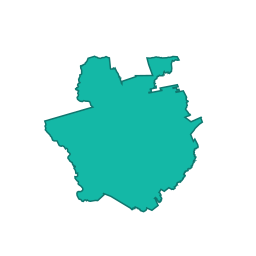 outline of Cadereyta Jiménez, Nuevo León, Mexico, rotated 121°
{"feature_id": "50627088B63245516345576", "entity_name": "Cadereyta Jiménez", "entity_type": "district", "adm_level": 2, "iso_a3": "MEX", "parent_name": "Mexico", "parent_adm1": "Nuevo León", "projection": "natural_earth1", "projection_center": [-99.908, 25.517], "detail": "fine", "context": "isolated", "style": "filled", "palette": "teal", "viewbox_px": 256, "rotation_deg": 121, "n_neighbors": 0, "source": "geoboundaries", "source_scale": "gbopen_adm2", "svg_char_len": 5776}
<svg xmlns="http://www.w3.org/2000/svg" viewBox="0 0 256 256"><g transform="rotate(121 128 128)"><path d="M179.7,164.8L180.0,164.3L180.6,164.0L183.4,164.5L184.2,164.3L185.0,163.7L185.3,162.5L186.3,160.9L186.2,160.5L186.5,158.9L186.3,158.1L186.8,157.5L187.3,157.3L188.7,154.9L188.8,154.5L188.1,154.9L188.3,153.9L188.1,153.4L188.5,153.2L188.8,153.5L190.1,153.7L190.5,153.4L190.7,152.5L191.3,151.5L192.3,150.4L193.5,149.6L193.7,149.2L192.7,148.0L193.4,147.8L193.6,147.3L195.1,146.5L196.3,146.9L197.0,148.4L198.4,147.4L199.5,144.4L199.5,143.0L200.1,142.5L201.3,142.1L201.8,141.6L202.1,138.3L202.8,136.1L203.2,135.6L204.2,134.9L205.4,135.0L206.8,135.7L208.1,137.9L209.2,138.4L210.6,138.0L212.1,136.8L214.1,133.6L214.1,132.9L213.6,131.6L214.4,129.6L213.9,128.4L212.5,128.3L211.8,127.8L211.5,127.2L211.8,126.2L210.7,125.8L210.8,124.4L210.3,122.7L206.9,118.7L205.8,116.6L197.3,114.1L196.8,115.8L195.4,107.5L195.4,84.7L195.9,82.7L195.5,82.5L195.5,82.1L195.0,81.9L194.6,82.1L194.7,82.6L194.3,82.5L193.6,81.8L193.4,81.3L193.5,80.8L192.8,80.9L192.3,81.3L191.8,80.8L192.1,79.9L191.7,79.1L191.8,78.7L191.6,78.5L191.9,78.0L191.7,77.9L191.8,77.2L191.6,76.7L191.8,76.1L191.6,75.6L192.2,75.2L192.4,74.7L192.0,73.9L192.1,73.2L191.6,71.4L190.9,71.2L190.1,70.6L189.1,70.2L188.4,70.4L187.4,70.2L186.9,70.6L186.2,65.1L178.9,62.3L174.4,68.6L174.5,68.9L173.5,68.7L173.7,67.3L173.9,66.7L174.5,66.4L174.8,65.1L175.5,64.3L175.7,63.6L175.4,63.3L175.5,63.1L174.8,63.1L174.9,62.4L173.7,62.1L173.3,62.4L172.6,62.3L172.6,62.9L171.4,62.7L170.9,62.9L170.9,63.3L171.1,63.3L170.7,63.4L169.3,65.8L168.5,65.2L167.3,67.2L167.3,68.2L163.6,68.1L163.6,64.3L158.1,62.2L158.1,58.9L157.5,58.6L157.5,58.2L157.1,57.6L157.1,57.3L155.6,57.0L155.0,57.5L155.0,57.2L154.7,57.5L154.3,57.5L154.2,57.3L153.3,57.3L152.6,56.9L152.4,57.1L151.4,57.2L151.1,57.2L151.1,56.9L150.8,57.3L150.6,57.2L150.3,57.4L149.5,57.3L149.4,57.5L148.5,56.9L148.4,56.5L148.1,56.5L147.6,55.8L147.0,55.7L147.1,55.2L146.5,55.3L146.3,55.6L145.9,55.0L145.3,54.8L143.8,54.7L143.0,54.5L142.9,55.0L142.4,55.0L141.2,54.8L140.8,54.4L139.5,54.4L139.2,54.6L139.5,55.2L139.2,56.1L138.8,55.9L138.2,56.5L137.7,56.3L136.9,56.7L136.3,56.2L135.6,56.6L135.4,56.5L135.4,56.0L134.5,55.7L134.3,55.2L133.7,54.7L133.3,54.7L133.0,55.2L132.4,55.5L131.7,54.9L131.4,54.9L131.4,54.3L131.1,53.9L130.7,54.0L129.7,53.3L128.6,53.1L128.1,53.4L128.0,54.1L126.8,53.5L126.0,53.9L125.5,53.8L124.9,54.2L123.6,53.7L123.3,53.8L123.0,54.5L122.1,54.0L122.4,54.5L122.0,54.9L121.0,54.5L118.1,54.8L118.3,55.2L118.2,56.1L117.8,56.0L117.6,56.5L117.7,57.0L117.5,56.7L117.2,56.9L116.7,56.7L116.5,57.0L116.7,57.9L116.2,58.4L115.6,58.3L114.9,58.5L114.7,58.7L115.0,58.9L114.5,59.5L113.2,59.6L112.9,59.4L112.2,60.0L112.0,59.7L111.5,59.9L110.9,59.7L110.2,59.0L110.3,58.9L109.0,58.4L108.7,58.0L108.4,58.1L108.2,58.5L107.8,58.4L106.4,59.7L103.1,65.0L105.7,65.1L101.2,71.1L96.1,70.3L93.9,70.3L88.0,68.8L84.7,67.3L81.7,71.0L81.3,70.7L81.2,70.9L90.2,77.2L89.5,84.7L87.6,83.4L85.9,81.9L84.7,81.3L84.3,82.1L84.6,83.6L83.9,84.1L82.3,88.3L81.5,88.6L80.2,88.4L79.0,89.0L78.2,88.8L76.1,91.0L75.6,90.9L74.9,90.3L74.2,90.2L74.0,90.7L74.2,91.8L73.9,92.5L73.0,93.3L71.9,93.4L71.8,93.9L71.3,93.9L67.7,99.7L72.6,105.1L72.1,105.6L69.8,103.0L68.6,104.3L70.0,105.8L68.6,107.4L70.7,109.7L70.3,110.1L66.8,106.3L65.5,108.0L77.2,121.0L78.7,119.5L78.0,118.7L78.4,118.3L87.1,128.0L86.7,128.4L84.9,126.4L83.6,128.1L83.3,127.8L83.0,128.0L83.5,128.7L83.1,128.9L80.9,126.5L80.3,126.6L80.4,126.0L79.1,124.5L77.7,125.5L78.6,126.4L77.3,127.7L75.8,127.6L76.0,128.9L75.4,128.9L75.2,129.1L74.7,129.0L74.6,129.3L74.0,129.5L73.4,130.2L73.5,129.8L72.1,129.5L70.9,128.8L68.6,129.4L68.0,128.4L66.7,128.3L66.6,127.3L65.2,125.0L64.5,125.4L63.9,124.5L62.2,126.0L61.0,126.0L61.5,125.2L61.3,123.9L60.4,123.6L59.5,122.3L60.4,121.8L59.5,121.1L59.7,120.5L58.2,120.2L57.8,120.5L57.2,119.9L54.3,121.2L50.6,124.0L47.3,124.7L47.2,123.1L46.1,122.9L44.9,122.2L44.7,121.2L44.2,120.1L43.4,119.3L41.6,122.5L43.6,126.4L44.8,127.3L46.1,128.8L46.6,129.9L47.8,130.9L50.2,134.5L50.5,135.0L50.5,135.7L51.2,136.5L51.5,138.1L52.1,138.7L52.4,140.1L53.2,141.2L54.2,141.9L55.2,143.4L56.7,144.9L58.2,147.8L62.9,143.0L70.3,133.9L79.3,148.5L79.9,147.7L82.1,149.5L82.7,150.0L91.2,157.2L93.3,156.0L93.0,156.7L92.5,156.9L92.1,157.7L91.8,157.8L91.4,158.3L90.6,159.5L90.3,159.5L89.7,159.9L89.5,160.4L89.1,160.2L89.2,161.0L88.7,161.4L88.8,161.9L88.3,161.8L88.2,162.6L86.6,164.4L85.5,166.8L83.3,170.0L84.3,170.2L84.1,171.4L84.3,171.5L85.1,171.3L86.4,173.2L86.3,173.5L77.5,180.1L77.9,181.4L78.1,183.6L79.8,184.6L81.0,186.4L82.4,187.3L83.0,188.6L83.4,189.8L83.3,191.2L83.8,192.4L83.7,193.5L88.8,198.1L91.5,197.6L93.1,197.8L93.6,197.7L94.1,198.1L95.3,197.8L96.5,198.7L97.7,199.1L97.6,199.4L97.9,199.6L98.4,199.6L99.1,200.6L99.5,200.4L99.4,199.9L100.3,199.8L100.9,199.4L102.3,197.5L105.5,195.6L106.1,195.6L107.0,196.5L107.4,196.6L108.4,195.7L110.0,195.6L111.0,195.2L111.5,195.5L113.1,194.3L113.9,192.5L114.6,192.8L115.1,193.4L116.5,193.5L117.2,193.3L117.8,191.9L118.3,191.8L119.3,192.2L119.8,192.7L120.4,192.5L121.0,193.0L121.5,193.1L121.9,192.4L121.8,191.5L121.4,190.5L121.7,189.4L122.2,189.6L123.3,189.0L124.0,189.0L124.4,188.7L124.7,187.8L125.4,187.4L126.4,187.1L127.9,187.4L129.2,186.2L129.4,185.6L129.7,183.6L129.6,182.4L129.2,181.9L129.2,181.5L128.8,180.7L127.3,180.0L126.8,178.1L125.6,175.9L125.3,174.7L125.5,173.8L127.6,171.6L128.2,168.9L164.9,202.9L166.9,200.5L167.8,200.0L169.1,200.1L170.5,198.3L171.6,198.2L171.9,198.0L171.8,197.9L172.3,197.4L172.5,196.6L173.0,195.7L174.2,191.1L174.8,190.4L175.2,188.8L177.2,186.4L177.1,184.8L175.7,182.4L175.8,181.9L178.2,178.3L178.4,177.7L178.0,175.8L177.1,175.3L176.9,173.8L176.9,173.2L178.1,170.8L177.4,170.6L177.0,170.1L177.2,169.1L177.9,168.4L178.9,167.9L179.2,167.4L179.7,164.8Z" fill="#14b8a6" stroke="#0f766e" stroke-width="1.5"/></g></svg>